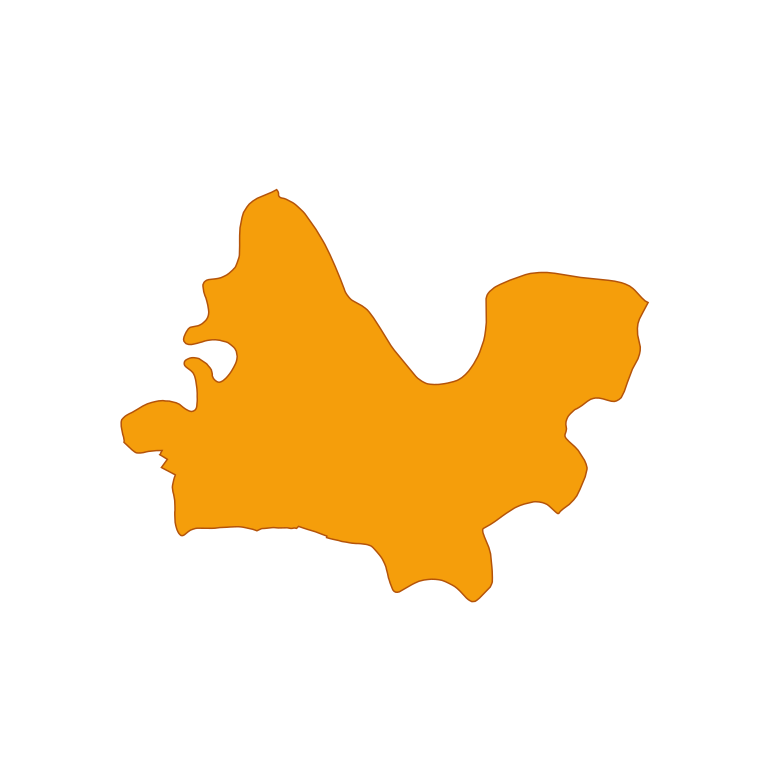 outline of Vinh Bao, Hải Phòng, Vietnam, rotated 319°
{"feature_id": "81297802B55266176914642", "entity_name": "Vinh Bao", "entity_type": "district", "adm_level": 2, "iso_a3": "VNM", "parent_name": "Vietnam", "parent_adm1": "Hải Phòng", "projection": "orthographic", "projection_center": [106.477, 20.681], "detail": "fine", "context": "isolated", "style": "filled", "palette": "amber", "viewbox_px": 768, "rotation_deg": 319, "n_neighbors": 0, "source": "geoboundaries", "source_scale": "gbopen_adm2", "svg_char_len": 6171}
<svg xmlns="http://www.w3.org/2000/svg" viewBox="0 0 768 768"><g transform="rotate(319 384 384)"><path d="M149.5,257.4L150.6,268.2L151.3,271.8L151.9,273.4L153.2,274.8L155.0,276.3L157.4,277.9L160.0,279.2L162.1,280.4L168.5,284.9L172.9,288.6L170.2,289.6L169.6,290.1L168.4,290.2L171.1,298.7L161.2,301.0L166.9,315.7L165.8,316.4L164.4,317.1L162.3,318.5L158.0,321.7L156.5,323.1L155.7,324.3L154.0,326.9L152.9,329.2L151.6,331.4L149.7,334.5L146.1,339.0L143.4,342.2L142.0,343.5L140.2,345.6L135.6,351.4L134.0,354.2L132.9,356.5L132.1,358.4L131.4,360.9L131.2,362.2L131.2,363.7L131.4,365.1L132.1,366.0L133.0,366.5L134.0,366.8L135.1,366.9L139.2,367.0L142.0,367.3L144.7,368.3L147.1,369.4L148.7,370.5L153.1,374.4L154.3,375.5L156.5,377.4L159.3,379.9L161.8,381.9L166.0,384.7L171.3,388.9L173.7,390.7L178.0,394.1L180.4,396.1L182.1,397.8L183.6,399.5L185.3,401.7L189.6,407.5L190.7,409.4L191.8,411.4L196.0,412.6L197.0,413.0L199.3,414.8L203.6,417.8L205.2,418.9L206.6,420.0L209.9,423.4L216.6,429.0L219.0,432.0L220.1,432.8L220.6,433.1L221.4,433.5L221.8,433.8L222.5,434.6L223.3,435.6L226.1,435.4L228.6,439.7L231.0,443.7L235.3,450.5L240.2,459.7L241.1,461.3L239.9,462.2L241.9,465.3L243.6,467.7L247.2,472.5L248.9,475.2L251.8,478.6L253.5,480.8L255.5,483.2L258.2,486.0L259.9,487.5L261.6,489.2L265.1,493.1L266.1,494.4L267.6,497.0L268.1,498.2L268.4,500.3L268.5,506.1L268.4,510.6L268.2,513.1L267.9,515.1L267.1,518.2L266.5,520.3L265.7,522.6L265.2,523.8L264.3,525.4L262.4,529.3L260.1,533.4L259.5,535.0L258.1,538.1L255.9,544.2L255.6,545.2L255.6,547.1L256.2,548.7L257.4,549.9L259.2,550.9L272.6,553.5L274.0,553.8L276.4,554.4L281.0,555.8L285.5,558.1L288.8,560.3L291.7,562.4L294.6,565.1L297.0,567.7L299.0,570.3L300.7,573.5L302.1,576.7L303.6,580.5L304.5,583.2L305.1,586.2L305.5,590.0L305.8,599.6L306.2,602.2L306.8,604.1L307.5,605.8L308.6,606.7L310.2,607.8L312.1,608.1L315.6,608.2L331.0,606.9L334.3,605.4L335.9,604.4L338.7,601.3L342.9,596.2L345.2,593.1L353.0,582.1L355.9,576.1L359.6,564.9L360.1,563.8L360.6,562.4L361.3,560.8L362.7,558.9L363.1,558.5L364.2,558.2L372.1,559.8L377.2,560.5L386.7,561.3L391.6,561.8L401.2,563.2L403.4,563.8L406.9,564.9L411.1,566.6L419.5,571.0L421.0,572.1L423.8,574.9L425.8,577.5L427.0,579.6L428.1,582.0L428.6,584.6L429.6,593.5L430.0,595.5L430.5,596.1L431.3,596.3L433.4,595.8L437.6,595.8L444.8,596.4L451.1,595.9L456.1,594.9L462.7,592.1L475.0,586.0L481.3,581.5L482.3,580.4L484.0,577.0L485.3,573.0L487.0,561.6L486.9,557.2L485.9,548.8L485.7,544.5L486.2,542.3L487.3,541.0L490.3,539.2L492.3,537.6L494.7,533.8L496.7,531.8L499.2,530.3L501.5,529.3L502.9,529.0L505.2,528.7L509.8,528.5L511.2,528.5L512.3,528.8L513.2,529.1L515.8,529.6L519.3,530.1L526.3,530.5L529.9,531.1L532.5,532.2L534.4,533.3L537.0,535.6L539.6,539.0L541.8,542.5L544.3,546.2L546.4,548.3L548.4,549.3L551.3,549.9L554.1,549.9L560.6,547.2L568.7,542.5L581.3,535.7L592.2,531.6L596.4,529.1L599.2,526.9L601.7,524.2L607.6,513.4L611.8,508.2L615.3,505.0L619.5,502.5L626.3,499.8L636.8,495.8L635.6,492.7L635.1,488.1L634.8,477.8L634.5,475.2L633.6,471.2L631.7,466.9L629.7,463.4L625.6,457.8L621.6,453.2L602.3,432.6L585.8,412.8L580.3,406.9L574.4,401.8L567.0,396.6L562.5,394.3L547.2,388.3L537.1,385.1L532.3,383.9L530.5,383.6L524.5,383.5L522.2,383.9L520.5,384.4L519.2,385.1L517.0,386.6L501.6,404.7L496.1,409.9L491.6,413.8L487.7,416.7L477.3,422.7L472.9,424.8L464.9,427.7L461.1,428.7L456.3,429.8L451.7,430.3L447.1,430.3L443.8,429.8L441.6,429.3L438.2,427.9L432.5,425.0L429.5,423.2L425.1,420.3L421.6,417.4L418.7,414.5L417.0,412.5L416.1,411.0L415.2,408.9L414.4,406.8L413.2,401.8L413.0,399.1L413.9,365.4L414.4,359.5L417.7,339.6L419.5,327.0L420.0,320.1L420.0,317.1L419.6,314.5L419.1,312.4L418.7,310.6L415.3,301.3L414.7,299.4L414.5,297.9L414.4,296.1L414.5,294.1L414.6,292.4L415.0,289.9L415.5,288.1L416.3,286.2L419.9,276.3L424.2,263.5L428.0,251.1L431.0,239.7L431.9,235.2L434.1,222.6L435.6,207.8L436.0,203.7L436.0,201.1L435.4,194.6L435.0,191.3L434.6,189.2L434.1,187.3L433.2,185.0L431.4,180.4L430.3,178.4L428.8,176.5L428.2,175.5L427.9,174.4L427.9,173.4L428.3,172.3L429.6,170.8L430.3,169.1L430.5,166.9L425.1,165.6L410.2,160.7L405.0,159.9L400.4,159.8L396.7,160.5L390.5,162.4L386.2,165.1L377.8,171.7L372.6,177.1L369.6,180.5L365.8,184.9L359.4,191.9L357.8,193.2L352.3,196.4L349.1,198.0L347.8,198.4L346.2,198.5L344.8,198.7L339.9,198.8L336.7,198.5L333.6,197.7L330.7,196.8L328.1,195.5L325.7,194.0L320.2,190.2L319.1,189.7L318.2,189.3L316.2,189.1L314.9,189.2L313.6,189.8L312.5,190.3L311.4,191.6L308.5,196.1L306.8,199.9L306.1,202.1L304.7,205.1L302.8,208.8L300.5,212.5L298.9,214.8L297.3,216.3L295.8,217.4L294.5,218.1L292.6,218.8L291.1,219.1L288.4,219.2L286.6,219.2L285.7,219.1L284.3,218.8L282.5,218.3L281.6,217.9L276.4,214.9L274.9,214.1L272.6,214.0L269.2,214.9L267.2,215.7L264.1,217.2L262.1,218.7L261.1,220.4L261.0,222.3L261.1,223.7L262.5,226.0L264.6,227.9L267.1,229.3L269.7,230.7L272.1,231.8L274.3,232.9L277.0,234.0L279.4,235.3L281.4,236.6L283.3,237.9L284.7,239.1L285.9,240.1L288.8,243.3L289.9,245.0L292.5,248.7L293.4,250.5L293.9,252.7L294.3,254.8L294.7,257.5L294.7,259.4L294.0,262.4L291.3,266.9L289.1,268.9L287.1,270.3L285.4,271.2L281.5,272.8L277.4,274.2L274.4,275.0L271.1,275.6L268.5,275.9L264.7,275.9L262.2,275.3L260.8,274.6L260.1,273.8L259.5,272.7L259.1,271.2L258.9,269.9L258.9,268.0L259.3,266.6L259.8,265.1L260.8,264.0L261.2,263.4L261.5,262.8L262.0,262.0L262.4,261.0L262.9,260.3L263.1,259.1L263.3,257.7L263.3,254.9L263.4,253.2L263.4,252.4L263.0,250.8L261.0,243.4L259.7,241.6L257.8,239.4L256.1,238.0L254.5,237.1L252.7,236.5L251.1,236.1L250.0,235.9L248.4,236.1L247.1,237.0L246.3,237.9L245.8,239.1L245.7,240.5L245.9,242.0L247.0,247.1L247.2,250.0L246.9,251.6L246.3,253.7L245.6,255.2L244.7,257.0L243.7,258.7L240.8,263.2L239.6,265.0L237.0,268.4L234.7,271.0L233.0,273.1L231.7,274.5L229.7,276.4L228.1,278.0L226.5,279.1L224.7,279.7L222.4,279.4L220.7,278.5L219.6,277.1L218.8,275.5L217.8,272.8L217.1,269.9L216.3,265.1L214.8,261.8L210.7,256.0L207.7,253.2L206.3,251.5L202.8,248.9L200.0,247.3L196.7,245.6L192.3,243.7L187.5,242.4L181.1,241.3L175.3,240.2L172.1,239.3L169.2,238.7L167.3,238.5L165.0,238.6L162.7,238.9L161.4,239.7L160.4,240.6L159.3,241.9L157.9,243.6L156.7,245.6L153.8,250.6L152.7,253.1L150.7,256.4L149.5,257.4Z" fill="#f59e0b" stroke="#b45309" stroke-width="1.5"/></g></svg>